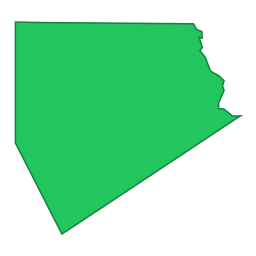 outline of Ellis, Texas, United States of America
{"feature_id": "52423323B98957090602000", "entity_name": "Ellis", "entity_type": "district", "adm_level": 2, "iso_a3": "USA", "parent_name": "United States of America", "parent_adm1": "Texas", "projection": "equal_earth", "projection_center": [-96.646, 32.301], "detail": "fine", "context": "isolated", "style": "filled", "palette": "green", "viewbox_px": 256, "rotation_deg": 0, "n_neighbors": 0, "source": "geoboundaries", "source_scale": "gbopen_adm2", "svg_char_len": 441}
<svg xmlns="http://www.w3.org/2000/svg" viewBox="0 0 256 256"><path d="M15.4,143.0L61.9,234.0L76.2,224.6L236.8,118.2L240.6,115.9L232.6,116.1L223.6,108.9L218.7,108.8L218.5,103.3L224.1,90.4L222.5,85.7L224.1,80.8L219.4,76.2L210.6,71.1L205.0,56.8L199.9,50.8L202.3,47.4L199.2,37.4L202.2,38.2L201.9,31.6L196.7,29.6L193.5,23.8L38.8,22.5L30.9,22.4L26.3,22.2L24.3,22.2L15.4,22.0L15.4,143.0Z" fill="#22c55e" stroke="#15803d" stroke-width="1.5"/></svg>